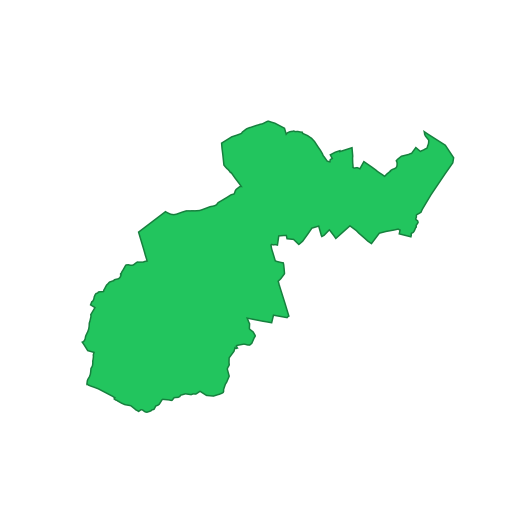 outline of Madaras, Bihor, Romania, rotated 131°
{"feature_id": "2599482B85096243126104", "entity_name": "Madaras", "entity_type": "district", "adm_level": 2, "iso_a3": "ROU", "parent_name": "Romania", "parent_adm1": "Bihor", "projection": "albers", "projection_center": [21.733, 46.85], "detail": "fine", "context": "isolated", "style": "filled", "palette": "green", "viewbox_px": 512, "rotation_deg": 131, "n_neighbors": 0, "source": "geoboundaries", "source_scale": "gbopen_adm2", "svg_char_len": 6131}
<svg xmlns="http://www.w3.org/2000/svg" viewBox="0 0 512 512"><g transform="rotate(131 256 256)"><path d="M401.4,348.8L400.6,343.7L408.7,342.2L409.4,341.3L410.2,340.7L413.9,338.7L416.0,337.8L418.4,335.9L420.6,334.5L421.8,334.0L423.8,333.2L424.8,333.0L425.7,332.7L427.3,332.3L428.6,331.8L430.4,330.7L431.0,330.4L432.9,330.0L434.2,330.2L435.0,330.6L435.6,328.2L437.8,320.9L435.0,315.0L437.4,313.9L438.3,313.0L438.7,312.6L441.1,311.0L442.5,310.2L443.3,309.4L444.7,308.3L446.2,307.4L447.2,307.1L448.9,306.8L449.2,306.7L452.1,304.6L454.0,303.4L456.6,302.4L458.2,302.2L459.6,301.9L460.9,301.4L463.6,299.6L463.8,299.3L463.4,299.1L463.4,297.9L462.5,295.2L461.2,292.0L459.7,287.9L455.9,271.9L455.8,270.5L455.5,269.6L456.9,269.3L456.7,267.3L456.2,266.1L456.1,264.6L455.9,264.1L455.3,261.0L454.3,257.7L453.8,256.8L451.3,252.6L451.1,252.0L450.9,247.0L451.0,246.0L450.6,244.5L450.3,242.6L447.5,242.0L447.3,241.8L446.6,240.6L446.5,238.2L446.3,237.4L446.1,236.9L445.9,236.5L445.4,235.8L444.9,235.5L443.3,234.5L441.8,233.7L440.5,233.6L439.0,232.6L438.5,232.4L435.1,233.2L434.5,233.0L433.6,232.5L432.8,232.1L431.3,231.8L430.6,231.9L426.1,232.6L425.4,232.4L421.7,227.3L420.7,225.4L420.2,224.8L419.9,224.7L419.4,224.7L417.2,224.8L416.6,224.8L416.2,224.5L413.8,222.1L412.0,221.3L410.8,221.6L410.4,221.5L406.4,218.9L406.2,218.7L403.2,214.0L401.3,213.0L401.0,212.6L399.8,211.0L399.3,210.7L394.9,209.5L394.8,209.3L393.7,201.9L389.6,196.2L385.5,193.7L384.5,193.0L382.3,191.9L381.4,191.5L380.6,191.3L380.4,191.3L379.5,191.6L378.0,192.9L372.9,195.0L372.2,195.1L370.4,195.4L364.6,197.3L364.2,197.5L363.8,198.1L360.1,203.6L358.7,204.1L356.7,204.5L355.7,204.8L354.1,206.5L350.7,209.3L350.1,209.5L342.4,210.1L339.1,211.7L338.9,210.4L338.7,210.2L337.7,209.7L337.7,210.0L337.3,210.5L337.1,211.7L336.5,211.9L336.2,211.8L335.8,211.6L330.6,207.5L330.0,206.7L329.5,205.8L329.1,204.9L328.7,204.1L327.8,202.9L327.4,202.4L327.2,202.3L324.7,201.9L318.9,203.7L317.3,203.9L316.8,204.2L316.5,204.6L315.2,208.3L315.2,208.7L315.4,212.6L315.3,212.9L315.0,213.5L314.5,213.9L311.7,216.1L311.2,216.6L310.8,217.8L310.1,219.1L308.7,221.9L300.7,208.0L298.4,204.3L296.1,200.4L289.2,204.0L282.1,192.1L280.7,192.1L280.2,192.0L279.8,191.8L272.7,203.1L263.0,218.9L262.8,219.1L262.8,219.4L261.6,220.9L260.5,222.7L256.9,222.4L251.4,222.8L250.8,222.9L250.4,223.1L247.3,226.3L244.5,229.3L243.3,230.9L244.6,233.1L246.4,236.6L247.0,238.3L242.2,245.9L241.2,247.6L240.1,249.2L238.0,251.8L237.8,251.8L237.0,251.8L236.8,251.4L236.5,250.7L236.2,250.2L234.8,249.0L233.7,247.0L225.9,252.0L222.5,248.7L220.6,246.6L222.6,243.9L218.8,238.5L219.2,231.3L218.4,231.1L214.2,230.5L205.5,231.3L198.3,232.1L192.3,228.3L197.7,220.1L197.9,219.6L198.1,219.1L195.6,218.2L188.1,217.8L188.1,217.7L189.6,210.4L190.4,207.3L171.6,204.9L171.1,198.4L171.0,196.8L171.3,193.6L171.3,188.7L171.3,186.5L171.4,181.3L170.9,177.0L157.9,177.9L152.2,174.0L146.1,169.1L142.6,166.5L142.4,166.3L142.3,166.0L142.2,165.0L141.9,164.2L142.4,164.0L145.3,162.4L139.9,151.7L138.5,152.4L138.1,152.7L137.8,153.2L137.4,153.5L136.9,153.6L136.3,153.4L135.9,153.1L135.1,152.9L134.1,152.9L132.9,153.1L129.5,154.2L129.1,154.0L128.7,154.3L128.1,155.0L127.8,155.2L124.5,155.6L123.9,156.3L123.5,156.9L123.4,157.4L123.6,158.5L123.5,159.1L123.4,159.5L123.2,159.8L121.4,160.5L120.2,161.6L119.8,161.8L119.3,161.8L116.7,160.8L114.7,160.2L112.5,160.9L111.3,161.2L95.2,164.1L70.1,167.2L56.6,168.6L52.2,171.3L48.2,185.8L51.3,206.5L51.7,209.7L51.8,210.6L53.0,209.0L53.3,208.9L54.2,207.1L54.6,205.2L55.1,202.3L55.3,201.7L55.9,201.1L57.2,200.1L58.5,199.3L60.5,198.6L61.4,198.1L62.3,197.8L62.6,197.8L64.7,198.7L65.8,199.0L68.0,200.1L69.2,200.5L69.3,203.0L69.3,206.5L76.6,205.9L77.5,206.7L78.9,207.2L85.3,211.7L85.8,211.8L90.2,212.6L92.1,212.6L92.7,211.2L93.9,209.9L95.6,208.7L96.2,208.4L97.6,208.2L99.3,208.8L101.3,209.9L103.3,210.5L103.7,210.5L104.0,210.1L104.3,210.3L108.1,211.0L111.5,211.2L111.5,211.5L111.8,214.4L112.0,215.7L112.3,217.9L112.5,219.8L112.5,221.9L112.9,226.7L114.0,236.5L122.0,234.8L122.7,237.0L123.0,237.7L125.3,239.6L125.5,241.1L125.0,241.3L123.7,242.6L122.5,243.9L119.6,246.6L118.7,247.4L117.2,248.5L116.4,249.3L111.3,254.6L122.2,261.2L121.5,261.8L125.7,264.3L130.9,266.3L132.4,262.4L134.5,263.2L136.5,262.0L137.7,264.5L136.5,269.4L136.2,271.2L135.3,272.9L134.0,276.7L133.1,280.3L131.2,287.0L130.8,290.6L130.7,291.5L130.9,292.3L131.3,296.0L132.9,301.3L132.2,302.2L133.6,304.3L134.6,306.2L136.3,307.9L136.6,308.4L136.8,309.3L137.1,309.7L138.3,310.4L138.8,311.1L139.3,311.4L140.4,312.2L142.5,313.1L144.3,313.1L140.9,318.3L143.4,328.9L145.0,332.4L146.0,334.9L146.2,335.2L146.7,335.6L147.5,336.0L151.5,337.6L152.2,338.0L153.4,338.8L153.8,339.3L155.2,340.0L157.1,341.3L162.8,344.6L163.2,345.0L165.9,346.4L167.3,346.8L171.0,347.5L171.3,347.6L172.8,347.4L173.5,347.6L177.3,349.7L182.0,352.5L193.4,356.0L197.2,352.1L201.4,347.4L208.4,339.9L208.8,337.7L209.1,335.2L209.0,334.2L209.3,331.9L209.8,330.0L209.3,329.5L211.0,322.6L212.3,316.3L213.2,312.7L213.5,313.1L214.5,313.8L218.5,314.6L219.3,314.6L220.1,314.5L222.4,313.6L223.4,313.3L223.8,313.4L224.1,313.5L225.1,314.3L226.3,315.0L231.3,316.5L240.3,319.5L241.1,319.6L243.2,319.4L245.2,320.2L247.1,321.5L248.1,322.4L249.3,323.2L256.9,327.3L258.8,328.5L261.9,331.6L264.2,334.3L265.2,335.3L266.5,336.9L267.8,338.3L271.0,340.3L276.7,343.5L277.7,344.3L278.8,345.2L280.3,347.5L280.7,348.5L281.8,352.4L281.9,353.4L315.0,360.3L317.5,356.4L324.9,344.7L326.8,341.8L327.7,340.5L330.4,336.1L331.2,334.9L333.0,336.3L334.7,337.2L337.7,340.6L338.2,341.4L338.5,341.6L339.4,341.9L340.7,342.2L342.8,342.6L343.9,343.1L344.3,343.5L344.7,343.9L345.5,344.9L346.3,346.5L347.6,347.8L348.2,348.2L349.2,348.1L354.0,347.1L355.7,346.9L357.1,346.4L358.3,346.5L358.6,346.3L358.7,345.4L360.0,345.1L360.4,344.7L360.9,344.7L361.8,344.6L362.3,344.6L363.8,345.1L366.2,346.9L367.0,347.3L367.4,347.3L367.9,347.2L371.7,349.4L372.3,349.5L374.4,349.5L375.9,349.7L378.3,349.2L379.8,348.8L381.5,348.5L382.4,347.9L382.7,347.8L383.0,347.9L383.2,348.0L386.1,351.0L386.7,351.3L387.8,351.2L389.3,352.1L390.6,352.0L392.9,351.3L394.6,350.3L396.0,349.8L397.2,349.6L398.3,349.9L401.4,348.8Z" fill="#22c55e" stroke="#15803d" stroke-width="1.5"/></g></svg>